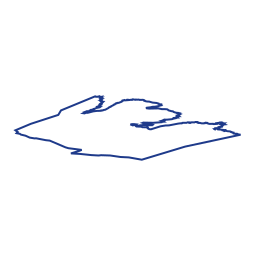 Båtsfjord nor, Finnmark, Norway
{"feature_id": "86288312B97693798592449", "entity_name": "Båtsfjord nor", "entity_type": "district", "adm_level": 2, "iso_a3": "NOR", "parent_name": "Norway", "parent_adm1": "Finnmark", "projection": "equal_earth", "projection_center": [30.184, 70.514], "detail": "fine", "context": "isolated", "style": "outline", "palette": "blue", "viewbox_px": 256, "rotation_deg": 0, "n_neighbors": 0, "source": "geoboundaries", "source_scale": "gbopen_adm2", "svg_char_len": 5759}
<svg xmlns="http://www.w3.org/2000/svg" viewBox="0 0 256 256"><path d="M141.8,159.7L185.1,146.6L240.6,134.7L238.0,134.4L237.8,134.4L238.0,134.2L237.3,133.9L237.6,133.8L235.0,133.7L233.6,133.5L233.4,133.4L233.3,133.1L233.6,133.1L233.2,132.8L233.3,132.6L231.7,132.3L231.2,132.1L231.3,131.9L230.0,131.4L227.5,131.2L227.0,131.0L227.2,130.9L226.7,131.0L226.2,130.7L224.2,131.1L223.6,130.5L224.4,130.3L224.0,130.3L224.2,130.1L222.5,130.2L221.8,129.9L221.5,129.8L221.7,129.7L221.0,129.6L217.8,129.4L216.2,128.3L215.0,128.7L215.3,128.8L215.0,129.4L214.6,129.2L214.8,128.9L214.5,128.8L214.6,128.6L214.2,128.5L215.5,128.2L218.1,128.1L218.3,127.8L219.7,127.6L219.8,127.5L218.8,127.4L218.7,127.1L222.0,126.7L222.1,126.2L221.9,126.2L222.1,126.1L222.0,125.9L222.4,125.6L222.1,125.6L221.8,125.2L221.4,124.8L220.4,124.4L220.6,124.2L221.1,124.1L223.5,124.1L223.2,124.2L223.9,124.5L224.7,124.4L224.3,124.2L224.5,124.2L224.4,124.1L223.9,124.1L224.1,124.0L223.9,123.7L224.1,123.7L223.9,123.6L224.2,123.4L223.3,123.4L223.1,123.3L223.3,123.2L223.0,123.0L222.9,122.9L223.2,122.8L222.5,122.7L222.1,122.6L222.4,122.5L221.6,122.4L219.7,122.5L219.1,122.8L217.0,123.1L217.8,123.7L217.7,123.8L213.9,124.1L213.1,124.0L213.0,123.8L209.3,123.9L207.7,123.4L207.9,123.3L207.7,123.2L207.9,123.2L207.7,123.2L207.9,123.1L207.6,123.1L207.9,123.1L207.4,123.0L207.7,122.9L206.4,122.9L206.7,122.8L205.4,122.7L205.2,122.8L205.6,122.8L205.2,122.9L205.5,123.0L205.1,123.2L203.2,123.4L201.4,123.3L200.0,122.9L198.8,123.0L197.3,122.6L197.1,122.4L197.8,122.2L197.4,122.0L195.3,122.0L194.4,122.4L191.7,122.3L190.1,123.0L189.0,122.8L188.9,122.5L189.1,122.4L187.1,122.3L187.4,122.4L186.6,122.8L182.9,122.8L182.3,122.9L182.2,123.2L182.0,123.3L181.1,123.4L180.6,123.3L178.2,123.6L168.9,125.4L165.4,125.5L160.5,126.3L151.0,129.3L149.5,129.2L148.4,128.8L147.9,128.4L148.2,128.1L147.9,127.6L146.9,127.3L142.3,127.2L141.4,126.7L136.5,126.5L136.0,126.2L135.9,125.7L134.6,125.1L133.4,125.2L132.8,125.4L132.1,125.1L132.5,124.9L132.3,124.9L132.8,124.9L132.4,124.6L130.3,124.6L132.1,124.1L134.6,124.1L134.4,124.2L135.4,124.3L135.2,124.4L135.5,124.5L135.7,124.9L138.4,125.7L140.1,125.3L142.2,125.2L142.8,125.0L146.2,125.1L147.9,125.6L149.3,125.2L152.5,125.2L152.8,125.2L152.5,125.1L152.7,124.9L151.9,124.8L149.2,124.6L148.8,124.3L147.6,124.2L145.3,124.2L143.5,123.8L143.4,123.6L143.8,123.3L142.7,122.9L143.3,122.7L142.9,122.7L142.7,122.6L153.4,122.8L161.8,122.2L162.1,121.8L163.7,121.7L163.2,121.4L163.5,121.2L162.4,121.0L162.5,120.8L162.1,120.7L163.2,120.4L163.1,120.2L164.3,119.6L166.6,119.7L171.9,119.2L173.4,118.7L173.1,118.7L173.6,118.6L173.1,118.4L173.5,118.0L176.7,117.7L176.3,117.5L176.7,117.4L176.3,117.4L176.3,117.2L177.6,116.9L177.3,116.9L177.7,116.8L177.6,116.7L178.2,116.7L178.5,116.6L178.5,116.4L178.7,116.2L178.3,116.1L178.6,116.1L178.3,115.9L178.5,115.9L178.2,115.6L178.5,115.6L178.3,115.4L178.6,115.1L178.3,115.0L178.3,114.7L179.6,114.4L180.2,114.1L179.9,114.0L180.3,113.9L179.8,113.9L180.1,113.8L179.9,113.6L180.0,113.4L179.3,113.3L179.4,113.2L177.8,112.8L176.7,113.0L176.3,112.7L175.2,112.5L173.5,111.9L172.9,111.3L171.5,111.2L168.4,110.3L167.9,109.7L167.1,109.3L164.3,109.1L161.7,109.1L158.4,108.4L149.1,108.6L146.8,108.3L146.6,107.9L146.8,107.7L150.4,107.3L152.5,106.8L155.0,106.7L158.6,106.1L159.4,105.7L160.8,105.4L160.5,105.2L162.2,104.4L159.9,104.3L158.6,103.9L158.5,103.5L157.5,103.4L156.9,103.0L152.6,102.6L149.2,101.6L147.1,101.5L145.5,101.2L144.7,100.9L144.9,100.7L144.0,100.1L142.9,99.8L141.1,99.9L139.5,99.9L138.8,99.6L136.7,99.7L135.9,99.5L135.4,99.8L132.8,99.3L132.0,99.6L132.3,99.8L132.1,99.9L130.8,99.8L129.2,100.0L127.9,99.7L126.9,99.8L126.8,100.0L127.1,100.2L125.9,100.3L124.9,100.3L124.6,100.0L124.2,100.1L124.4,100.2L124.2,100.3L122.6,100.3L122.8,100.4L122.8,100.5L122.1,100.7L122.6,100.8L122.4,100.9L122.5,101.0L121.8,101.4L121.7,101.7L118.5,102.9L117.4,102.9L116.2,103.3L116.3,103.5L115.2,103.9L114.7,104.5L113.7,104.7L113.5,105.1L110.7,106.5L110.8,106.5L110.6,106.6L110.6,106.8L109.1,107.3L108.6,107.9L105.3,109.7L103.6,110.0L102.2,110.5L101.1,110.4L100.9,110.5L101.2,110.7L100.7,110.8L96.8,110.9L93.1,111.4L88.2,112.7L85.3,112.7L84.7,112.9L84.8,113.1L84.6,113.2L84.8,113.3L84.6,113.4L83.3,113.2L84.1,112.8L84.4,112.8L84.2,112.8L85.1,112.8L84.7,112.5L84.7,112.4L86.7,112.1L86.9,111.8L86.2,111.9L86.5,111.7L85.9,111.6L86.7,111.3L86.3,111.2L88.0,111.2L87.4,111.4L88.3,111.8L88.8,111.7L89.3,111.5L89.4,111.3L89.2,111.2L90.9,110.9L91.3,110.5L91.8,110.4L89.1,110.9L89.4,110.6L91.1,110.3L90.3,110.3L90.8,109.9L92.6,110.3L93.2,109.9L92.9,109.9L93.2,109.7L92.8,109.5L93.2,109.4L93.4,109.2L93.5,109.0L94.8,108.7L96.3,108.0L99.7,107.3L100.1,107.0L97.4,106.9L97.2,106.7L98.7,106.2L99.0,105.7L99.7,105.3L100.9,105.0L100.6,105.0L100.8,104.9L100.6,104.8L100.7,104.7L100.1,104.5L100.9,104.0L100.5,103.9L100.9,103.5L102.1,103.2L101.4,103.1L101.9,102.8L102.0,102.4L102.9,102.1L103.2,101.8L102.1,101.7L100.5,101.2L100.2,100.8L101.0,100.4L100.8,100.3L101.0,100.2L100.9,100.1L101.1,100.0L100.9,100.0L101.2,99.9L100.9,99.9L101.2,99.8L100.9,99.8L101.4,99.5L100.9,99.3L101.1,99.1L100.9,99.1L101.1,99.0L100.9,98.8L101.1,98.8L100.9,98.8L101.4,98.6L100.8,98.5L100.9,98.4L100.7,98.4L100.9,98.3L100.7,98.1L100.9,98.1L100.7,98.1L101.1,98.0L100.9,97.9L101.3,97.7L101.6,97.5L101.4,97.5L101.7,97.4L101.4,97.4L102.0,97.0L101.3,97.1L101.1,97.0L101.2,96.9L100.7,97.0L99.7,96.8L99.4,96.6L99.8,96.4L99.3,96.5L99.3,96.3L97.2,96.8L95.7,96.7L95.5,96.4L95.0,96.4L61.0,110.4L58.3,114.9L30.9,123.8L15.4,130.3L17.7,132.0L16.6,133.2L19.8,133.8L20.9,134.6L25.5,135.7L29.7,137.6L34.5,138.4L36.1,138.3L45.9,140.2L49.7,140.6L65.4,147.3L68.4,148.2L81.7,149.9L78.9,151.0L70.9,153.4L79.8,153.9L91.5,155.1L98.7,155.5L101.0,155.2L110.2,155.5L120.6,157.0L128.8,157.4L141.8,159.7Z" fill="none" stroke="#1e3a8a" stroke-width="2"/></svg>